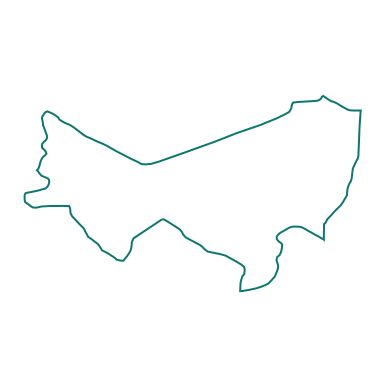 Sèbè-Brikolo, Haut-Ogooué, Gabon, rotated 91°
{"feature_id": "22940354B60180935649619", "entity_name": "Sèbè-Brikolo", "entity_type": "district", "adm_level": 2, "iso_a3": "GAB", "parent_name": "Gabon", "parent_adm1": "Haut-Ogooué", "projection": "equal_earth", "projection_center": [13.691, -0.557], "detail": "fine", "context": "isolated", "style": "outline", "palette": "teal", "viewbox_px": 384, "rotation_deg": 91, "n_neighbors": 0, "source": "geoboundaries", "source_scale": "gbopen_adm2", "svg_char_len": 3011}
<svg xmlns="http://www.w3.org/2000/svg" viewBox="0 0 384 384"><g transform="rotate(91 192 192)"><path d="M107.6,24.7L107.7,30.5L107.6,35.3L106.8,38.0L105.1,41.2L103.0,45.1L100.9,48.5L99.5,51.7L98.7,54.5L96.7,58.0L94.8,60.8L93.7,62.5L94.5,63.8L96.2,64.5L97.2,65.5L98.6,68.3L99.1,73.5L99.5,79.0L100.1,87.0L100.8,92.5L102.4,93.4L104.4,93.9L106.3,94.1L108.3,95.1L110.3,96.3L111.8,98.8L113.3,101.5L117.0,108.9L123.8,124.8L132.1,147.7L141.4,170.3L151.5,196.9L162.4,226.2L164.6,233.5L165.2,238.9L165.0,242.9L163.0,246.6L159.6,254.1L152.7,268.1L147.1,278.3L145.2,282.5L143.1,287.9L140.6,293.3L138.7,298.0L137.0,301.2L134.9,304.0L129.1,311.9L126.9,315.6L125.6,319.1L124.1,322.2L121.9,325.8L119.8,327.0L117.2,330.7L115.5,334.0L114.1,337.6L113.9,337.9L114.6,339.7L115.8,340.8L117.4,341.9L118.9,342.8L120.3,343.3L122.2,343.1L123.9,342.6L126.2,342.2L127.8,342.2L129.8,341.2L132.2,340.3L135.2,339.2L138.2,338.0L140.9,338.0L143.0,339.2L144.4,341.0L146.8,342.8L148.6,342.9L150.6,342.6L151.5,341.5L152.5,340.2L154.7,338.6L156.3,338.2L157.9,339.6L159.5,341.5L161.1,342.6L163.2,343.6L165.4,344.3L169.2,345.2L171.7,346.2L173.0,347.4L174.1,346.3L175.9,345.0L178.3,342.8L179.5,339.9L180.9,336.5L182.2,335.2L184.3,334.9L186.9,335.4L189.4,336.8L191.1,338.7L191.9,341.5L193.1,345.4L194.2,350.0L194.9,353.1L195.3,355.5L196.1,358.4L198.1,359.3L202.7,359.2L204.9,358.7L207.1,355.5L209.0,353.0L210.2,350.8L210.4,348.1L210.0,345.5L209.1,342.2L208.9,339.4L208.5,333.7L208.4,328.2L208.2,322.4L208.2,314.6L210.9,313.5L215.2,313.1L218.2,311.5L222.5,307.4L225.9,304.1L230.4,299.5L233.4,298.0L238.6,295.1L241.0,291.5L245.8,285.0L249.8,282.2L251.9,280.9L253.0,278.6L254.9,274.8L259.4,267.7L261.0,266.2L261.8,262.5L261.9,259.3L259.7,257.8L257.3,255.8L253.9,253.6L251.0,252.2L248.1,251.6L242.9,251.2L239.4,249.7L222.1,224.7L220.1,221.8L219.8,219.9L221.7,216.3L229.6,203.5L232.3,201.3L234.5,200.2L237.6,197.4L244.7,183.4L246.8,180.5L248.9,178.6L251.3,175.2L252.7,167.7L253.6,162.7L255.0,157.4L257.2,153.2L260.7,146.6L263.8,141.3L265.8,138.8L268.6,137.9L273.0,138.3L275.3,140.1L278.8,141.2L282.1,141.9L290.3,142.1L290.1,139.7L289.5,136.7L288.6,132.1L288.0,129.4L287.1,125.8L285.5,121.1L283.7,116.9L282.2,114.1L278.8,110.9L275.1,107.8L271.4,106.2L268.3,105.1L265.8,104.6L263.6,104.7L261.5,105.4L259.0,106.2L257.0,106.1L255.5,105.6L254.5,104.4L253.4,103.3L251.1,102.2L249.0,101.6L246.1,101.1L243.0,100.9L241.3,102.2L240.7,103.5L239.1,105.2L237.6,106.4L235.6,106.6L233.9,105.7L232.3,104.3L231.0,102.6L228.9,99.0L227.2,96.2L225.7,93.6L225.1,91.7L224.8,89.2L224.8,85.8L225.0,82.9L225.8,80.6L227.3,77.7L228.9,75.0L230.8,71.2L232.5,68.4L234.2,64.9L236.2,61.4L237.1,59.6L237.3,59.4L228.8,59.4L221.9,59.4L220.5,58.0L217.3,56.5L215.7,55.1L213.4,53.0L210.3,50.3L207.8,48.1L203.1,43.4L199.7,41.0L196.2,39.1L194.6,38.1L192.6,37.0L189.5,36.9L187.2,36.7L184.5,36.2L181.1,34.9L178.8,33.6L176.4,32.7L169.5,32.0L165.5,31.5L162.5,30.2L158.3,28.3L155.9,27.0L153.6,26.3L136.7,25.9L123.7,25.6L109.9,24.9L107.6,24.7Z" fill="none" stroke="#0f766e" stroke-width="2"/></g></svg>